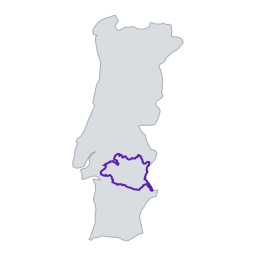 Portugal, with Évora highlighted
{"feature_id": "PRT-744", "entity_name": "Évora", "entity_type": "District", "adm_level": 1, "iso_a3": "PRT", "parent_name": "Portugal", "parent_adm1": "", "projection": "mercator", "projection_center": [-7.866, 38.601], "detail": "fine", "context": "in_parent", "style": "outline", "palette": "violet", "viewbox_px": 256, "rotation_deg": 0, "n_neighbors": 0, "source": "natural_earth", "source_scale": "10m", "svg_char_len": 6004}
<svg xmlns="http://www.w3.org/2000/svg" viewBox="0 0 256 256"><path d="M96.5,24.3L99.7,21.2L102.9,19.2L104.6,18.5L111.9,16.4L113.8,15.4L115.6,15.5L115.9,16.5L116.9,18.5L118.1,19.8L118.4,20.8L115.6,24.9L115.2,26.4L116.7,29.0L116.9,29.8L117.6,30.2L119.6,30.1L123.1,28.3L125.5,26.9L126.3,27.5L133.2,26.7L134.8,27.3L135.9,28.1L139.3,29.1L143.0,29.2L147.5,27.8L149.5,26.4L149.9,24.8L150.0,23.7L150.6,22.9L151.6,22.5L153.3,23.2L155.6,23.9L161.2,24.1L162.2,23.2L164.1,23.5L166.6,24.6L169.5,24.2L171.0,25.6L171.6,27.3L171.7,31.2L171.5,35.1L172.1,36.5L174.0,36.8L177.2,36.8L180.0,37.9L182.2,39.7L182.9,41.5L183.2,42.8L182.2,43.6L180.6,46.3L176.8,49.9L171.3,53.1L167.1,57.1L164.2,61.9L160.6,64.0L159.5,65.1L159.0,66.4L161.4,72.2L162.2,76.7L162.7,82.2L162.4,83.8L162.2,89.8L161.6,91.6L161.7,93.0L162.6,94.6L163.0,96.0L161.4,97.9L158.4,100.1L156.1,102.0L155.5,103.8L155.7,104.9L159.4,108.7L160.1,110.3L159.6,114.0L157.4,120.1L155.4,123.8L155.0,124.2L152.6,125.2L141.3,125.3L138.5,126.1L138.9,126.9L141.6,131.6L144.3,134.2L145.3,134.7L146.3,140.3L150.8,149.2L155.2,150.4L156.7,152.6L156.4,155.7L155.1,159.1L152.4,162.6L149.2,165.0L147.1,167.4L146.9,170.3L146.3,173.8L145.3,176.7L145.0,178.6L153.0,190.5L157.5,189.9L158.0,190.2L157.2,193.0L155.8,196.3L154.2,197.0L150.3,198.0L146.7,202.3L143.8,207.4L141.6,209.9L139.6,216.0L139.8,218.6L140.8,222.7L142.9,233.3L139.9,233.7L128.4,240.6L124.8,240.6L118.2,237.6L106.4,236.6L102.6,235.7L97.8,237.7L94.1,237.7L91.2,240.2L89.1,239.5L91.5,233.8L95.3,222.6L95.1,215.7L96.0,209.7L95.0,203.7L93.1,200.0L95.7,190.4L95.4,185.4L93.0,179.0L100.2,180.0L98.0,177.5L95.8,175.9L93.7,176.3L91.9,176.2L85.7,178.7L82.7,179.4L81.8,179.0L82.1,175.0L80.5,169.9L83.0,168.6L85.8,168.2L88.3,166.0L89.8,163.6L89.0,159.3L91.1,155.1L96.0,151.6L93.5,152.2L90.5,154.3L85.9,162.2L84.4,166.2L80.5,167.5L76.9,168.2L75.1,167.7L73.0,166.7L72.8,163.8L72.9,161.4L74.4,156.8L75.0,150.2L77.1,144.2L76.9,142.7L76.3,140.3L78.2,138.0L80.5,136.5L84.0,131.4L88.8,119.1L94.5,106.1L94.0,104.5L92.8,103.3L93.3,99.8L96.7,84.4L98.1,82.4L99.6,77.8L100.0,70.5L100.6,65.4L100.5,62.9L100.0,59.8L97.8,54.0L95.6,41.6L95.4,37.4L97.3,35.3L94.2,35.0L92.8,32.3L93.1,29.2L96.5,24.3Z" fill="#d9dde1" stroke="#a8b0b8" stroke-width="1"/><path d="M149.0,165.2L147.5,166.4L147.4,166.6L147.1,167.2L147.0,167.5L146.8,169.0L146.7,170.0L146.7,170.4L146.8,170.7L146.9,171.0L147.2,171.1L147.4,171.3L147.5,171.6L147.3,172.2L145.9,174.3L145.3,176.5L144.9,177.0L145.3,177.5L145.3,178.0L144.9,178.5L144.5,179.0L144.9,179.3L145.9,180.0L149.5,184.6L149.6,184.8L149.8,185.4L150.0,185.7L150.2,185.9L150.8,186.4L151.0,186.6L152.3,190.0L152.6,190.4L152.3,190.6L152.0,190.7L151.5,190.7L151.0,190.4L150.8,190.1L150.5,189.5L150.4,189.1L150.0,188.3L149.9,188.0L149.8,187.7L149.6,187.4L148.8,187.0L148.1,186.3L147.9,186.1L147.9,185.7L147.8,185.4L147.6,185.1L147.5,184.9L147.3,184.7L147.2,184.3L147.2,184.2L146.9,184.0L146.6,184.0L145.7,184.4L145.2,184.5L144.1,185.1L143.1,185.4L143.0,185.6L143.0,185.9L142.8,186.3L142.6,186.7L142.3,187.0L142.1,187.2L141.6,187.5L140.6,188.1L140.0,188.7L139.6,189.4L139.5,189.7L139.1,189.8L137.6,189.8L136.8,189.5L136.2,189.4L134.0,189.3L133.5,189.2L131.3,188.0L130.5,187.6L128.7,187.5L125.9,186.2L125.1,185.2L124.1,184.8L123.8,184.8L123.5,184.7L122.7,185.1L122.4,185.1L122.1,185.0L121.8,184.8L121.4,184.3L121.2,184.2L120.7,184.2L119.9,184.3L117.4,184.2L117.3,184.6L116.0,183.6L115.4,183.4L115.1,183.4L114.8,183.3L114.5,183.2L113.8,182.8L113.3,182.4L112.6,182.1L112.4,182.0L112.4,181.7L112.9,180.7L113.0,180.0L112.9,179.6L112.6,179.4L112.1,179.2L112.0,178.7L112.1,178.3L111.7,177.2L111.6,176.9L111.6,176.7L111.4,176.4L111.0,176.0L110.3,175.2L110.0,175.0L109.4,175.2L108.6,175.7L108.1,175.9L107.2,175.9L106.8,175.7L106.5,175.5L106.3,175.3L106.1,175.1L105.9,174.9L105.6,174.9L105.5,175.0L105.5,175.3L105.6,175.5L105.5,175.8L105.3,175.9L104.5,175.6L103.5,175.5L102.2,174.7L101.2,174.5L101.0,173.5L100.9,173.2L100.8,172.9L100.7,172.5L100.8,172.1L102.0,170.6L104.8,168.6L105.4,167.9L105.6,167.5L105.7,167.0L105.7,166.7L106.0,166.0L105.9,165.6L105.7,165.4L104.3,165.2L105.9,163.8L107.4,163.5L107.8,163.2L108.5,162.5L108.8,162.4L109.2,162.5L109.5,162.4L109.8,162.1L110.0,161.9L110.0,161.7L110.3,161.4L110.9,161.7L111.4,161.7L111.8,161.5L112.1,161.5L112.3,161.6L112.5,161.5L112.5,161.3L112.7,161.1L112.9,161.1L113.1,161.2L114.1,162.2L114.3,162.4L115.4,162.6L115.8,162.8L116.0,163.0L116.1,163.3L116.1,163.5L116.3,163.7L116.5,163.7L116.8,163.8L117.0,164.3L117.1,164.5L117.7,164.8L118.3,164.3L118.4,163.7L118.4,163.3L118.2,163.1L117.9,162.9L117.6,162.9L117.1,162.3L116.9,161.9L116.9,161.6L117.1,160.8L116.9,160.5L116.7,160.4L116.3,160.3L114.6,159.5L114.3,159.4L114.1,159.1L114.0,158.8L114.1,158.5L114.3,158.3L114.5,158.0L114.6,157.6L114.7,157.2L114.7,156.5L114.9,156.1L115.0,155.8L115.2,155.7L115.6,155.7L115.8,155.5L116.1,155.0L116.8,154.4L117.4,154.2L117.6,154.0L117.9,153.9L118.8,153.9L119.3,154.1L119.3,154.3L119.2,154.6L119.1,155.2L119.3,155.8L119.5,156.0L119.7,155.9L119.8,155.7L119.8,155.4L119.8,155.2L120.3,154.9L120.8,154.8L121.1,154.9L121.3,155.0L122.1,155.8L122.2,156.2L122.2,156.8L122.2,157.3L122.3,157.4L123.1,157.5L123.4,157.5L123.7,157.3L123.9,157.1L124.1,156.9L124.7,156.5L125.4,156.3L125.8,156.6L127.3,158.7L128.3,159.4L128.6,159.4L129.0,159.4L129.3,159.4L130.0,159.4L131.1,159.0L131.4,158.7L131.9,158.0L132.2,158.1L132.7,158.4L133.0,158.4L133.4,158.3L133.7,158.3L134.0,158.3L134.8,158.6L135.0,158.6L135.4,158.3L135.5,158.0L135.7,157.7L136.2,157.3L136.7,157.1L137.4,157.0L137.9,156.7L138.3,156.5L138.4,156.2L138.4,155.9L138.3,155.7L138.0,155.4L138.5,155.0L138.8,155.0L139.0,155.4L140.3,156.0L140.9,156.5L141.1,157.0L141.2,157.7L141.2,158.0L141.3,158.4L142.0,159.1L142.3,160.0L142.3,160.5L142.8,161.3L142.6,161.9L142.9,162.3L143.3,163.1L143.6,163.4L144.1,163.7L144.7,163.7L144.9,163.7L145.4,163.6L146.1,162.8L146.8,162.2L147.8,161.9L148.4,161.9L148.8,162.0L149.2,162.3L149.3,162.6L149.4,163.2L149.3,163.5L148.8,164.3L148.7,164.5L148.7,164.9L149.0,165.2L149.0,165.2Z" fill="none" stroke="#5b21b6" stroke-width="2"/></svg>